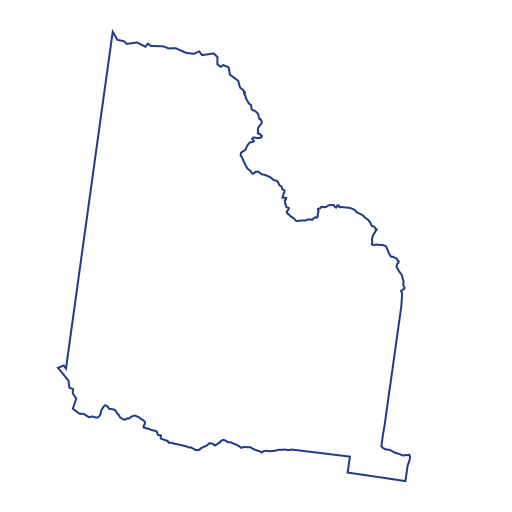 outline of Valley, Idaho, United States of America, rotated 278°
{"feature_id": "52423323B68187533986478", "entity_name": "Valley", "entity_type": "district", "adm_level": 2, "iso_a3": "USA", "parent_name": "United States of America", "parent_adm1": "Idaho", "projection": "natural_earth1", "projection_center": [-115.582, 44.683], "detail": "fine", "context": "isolated", "style": "outline", "palette": "blue", "viewbox_px": 512, "rotation_deg": 278, "n_neighbors": 0, "source": "geoboundaries", "source_scale": "gbopen_adm2", "svg_char_len": 4740}
<svg xmlns="http://www.w3.org/2000/svg" viewBox="0 0 512 512"><g transform="rotate(278 256 256)"><path d="M427.1,213.8L431.9,205.0L439.0,202.6L440.5,196.9L438.4,194.7L440.4,191.1L447.7,190.1L450.7,185.9L447.4,174.7L450.7,171.3L447.6,166.4L447.4,158.6L450.6,147.5L449.4,140.5L450.7,135.2L449.4,122.6L451.2,119.3L447.8,117.4L450.9,108.5L448.0,98.4L450.3,95.4L450.7,88.7L458.1,82.9L376.7,83.0L118.0,83.5L120.8,80.8L117.7,75.5L106.4,87.7L99.5,89.5L98.8,93.3L94.6,93.6L89.9,97.8L79.2,95.9L75.3,103.1L75.6,107.5L73.1,113.0L74.3,116.2L73.8,119.4L73.9,121.6L75.4,123.0L77.2,123.9L81.8,124.3L85.9,126.2L87.1,127.2L87.0,128.7L86.4,129.5L85.4,131.0L84.2,131.8L84.2,133.0L84.3,134.5L84.1,137.2L82.4,139.3L81.1,140.2L79.6,142.2L77.5,143.6L76.3,145.8L75.6,148.5L75.9,149.6L77.1,150.7L77.5,153.1L78.3,153.8L79.5,154.8L79.8,155.7L80.7,156.7L81.1,158.8L80.6,160.1L80.0,162.7L78.7,164.5L77.7,167.2L76.1,169.2L73.8,169.2L72.6,168.5L70.9,168.4L70.3,169.2L70.6,170.5L69.7,172.0L70.2,173.3L69.6,175.0L69.1,176.7L69.0,178.7L68.8,180.8L68.6,181.8L68.1,182.3L67.2,182.7L65.3,183.6L65.1,186.3L65.1,186.8L64.4,187.0L63.8,186.7L62.7,187.0L61.8,187.6L61.4,189.9L61.0,191.8L60.7,193.7L60.2,194.8L59.3,195.0L58.9,195.9L59.1,196.8L59.2,198.0L59.3,199.6L59.0,200.2L58.6,201.7L58.7,203.2L58.5,205.5L58.4,208.2L58.1,209.7L58.0,211.9L57.9,212.9L57.7,213.8L57.2,215.1L57.1,216.4L57.3,217.2L57.5,218.0L57.0,219.1L56.7,220.0L56.5,220.9L56.0,222.0L55.3,223.4L55.8,225.3L56.2,227.1L57.6,227.7L58.3,228.7L59.9,231.1L61.3,233.5L64.2,236.0L63.9,240.1L63.0,240.8L62.6,241.8L63.4,242.5L63.7,243.0L64.0,243.4L64.7,244.1L65.4,244.8L65.8,245.3L66.2,245.9L66.3,246.2L66.6,246.5L67.0,246.4L68.0,246.9L69.4,249.3L68.8,252.2L67.9,253.4L67.7,254.1L67.8,255.1L68.0,256.7L66.8,261.2L65.6,265.1L64.0,268.0L65.3,270.9L65.5,274.8L65.9,277.1L64.7,279.4L63.9,282.5L63.4,285.2L63.0,287.7L62.2,288.7L62.7,289.7L64.0,290.9L64.6,294.0L64.5,296.3L65.1,299.0L65.8,302.0L67.2,305.2L67.7,308.4L68.4,312.0L68.2,314.4L68.9,317.5L69.3,318.1L70.4,376.9L54.3,376.9L53.9,435.3L59.4,435.3L69.3,435.3L75.5,436.5L79.1,436.5L80.5,435.3L79.8,434.2L79.8,432.4L79.1,430.2L78.9,428.5L79.7,426.7L80.0,424.6L80.4,422.2L80.8,419.9L81.8,417.8L82.3,416.1L82.6,414.9L82.5,412.7L82.7,410.9L83.5,408.5L85.0,406.6L97.0,406.6L107.1,406.9L114.1,406.9L127.4,406.9L137.8,406.8L147.9,406.9L159.4,406.9L175.1,406.9L193.7,406.9L204.3,406.9L210.9,406.9L227.0,406.9L239.4,405.9L241.5,404.4L243.1,405.9L244.0,407.3L245.2,407.5L248.0,405.7L251.0,405.8L253.4,404.7L257.4,403.1L259.5,401.0L262.3,398.6L265.0,396.6L268.0,397.0L269.2,398.0L270.5,398.1L270.6,397.6L271.4,396.8L272.8,396.1L274.2,392.0L274.2,389.6L277.2,387.2L280.4,385.4L283.7,383.4L284.5,380.2L284.1,376.2L284.1,373.2L283.1,371.3L283.7,369.0L285.7,369.3L288.5,368.5L292.8,369.0L297.1,370.9L299.1,371.8L299.2,370.7L300.5,370.2L301.8,368.3L301.6,366.9L302.6,365.9L305.1,364.4L307.4,362.1L309.2,358.5L311.3,356.0L313.4,349.6L315.4,347.2L316.7,342.7L316.5,337.3L316.4,333.7L315.9,332.8L316.3,331.3L317.6,331.0L317.3,329.5L316.2,329.1L315.1,328.7L315.3,327.5L317.2,326.0L317.0,323.7L316.7,322.0L316.0,320.4L314.4,318.7L313.9,317.4L313.9,315.3L314.0,314.4L313.3,313.5L312.3,313.2L311.9,312.0L311.3,310.8L310.2,310.9L308.9,311.8L306.9,311.4L305.8,311.3L303.9,311.6L303.2,311.5L302.3,310.7L302.7,309.4L301.4,307.8L299.8,307.0L299.5,305.9L299.9,304.7L299.3,302.7L299.1,301.4L298.2,300.6L297.9,299.3L297.7,297.2L297.3,295.6L297.1,294.5L296.4,292.1L296.5,290.5L298.4,288.5L299.6,286.0L300.3,284.4L301.9,282.6L302.4,281.1L304.0,280.3L305.8,281.3L306.9,281.8L308.0,281.9L308.3,281.4L308.6,279.4L309.7,278.7L312.3,277.6L315.1,276.7L316.0,277.7L317.7,277.8L317.6,276.0L317.5,274.1L319.0,274.2L319.8,274.6L321.3,274.4L323.2,275.4L325.1,274.9L325.6,272.9L328.3,271.6L329.1,269.9L330.2,268.6L331.6,268.0L332.7,267.1L333.4,265.4L333.6,263.1L334.7,261.3L335.9,259.4L336.6,257.1L337.1,255.2L337.8,252.5L337.6,250.5L339.9,246.3L339.2,243.8L337.6,242.5L337.0,241.1L338.1,239.8L339.1,239.0L341.5,235.3L344.7,232.9L348.0,230.7L351.9,228.3L353.2,226.8L356.3,226.8L357.3,227.9L359.0,230.1L360.4,231.1L361.9,231.3L364.8,232.3L367.7,234.2L368.2,236.4L369.5,238.0L370.6,237.0L371.4,235.8L373.0,236.9L373.1,238.7L372.9,240.4L373.3,242.9L374.1,244.6L375.6,245.2L376.1,244.0L377.5,243.0L377.2,241.8L378.0,240.6L378.8,240.7L380.1,240.8L381.2,240.2L383.1,240.3L385.0,241.3L386.9,242.3L388.9,243.2L390.5,242.7L392.2,241.3L392.1,240.5L393.3,239.7L394.5,239.3L396.8,238.5L397.7,237.5L398.4,236.6L399.8,234.2L399.7,232.8L401.0,231.0L402.6,230.8L404.9,229.9L405.9,227.8L408.8,225.6L411.0,223.9L412.8,223.4L414.0,222.4L415.4,221.7L415.6,222.3L416.7,222.2L416.9,221.2L418.5,220.5L419.5,218.5L420.6,216.8L422.5,215.8L423.7,215.5L425.0,214.7L426.9,214.2L427.1,213.8Z" fill="none" stroke="#1e3a8a" stroke-width="2"/></g></svg>